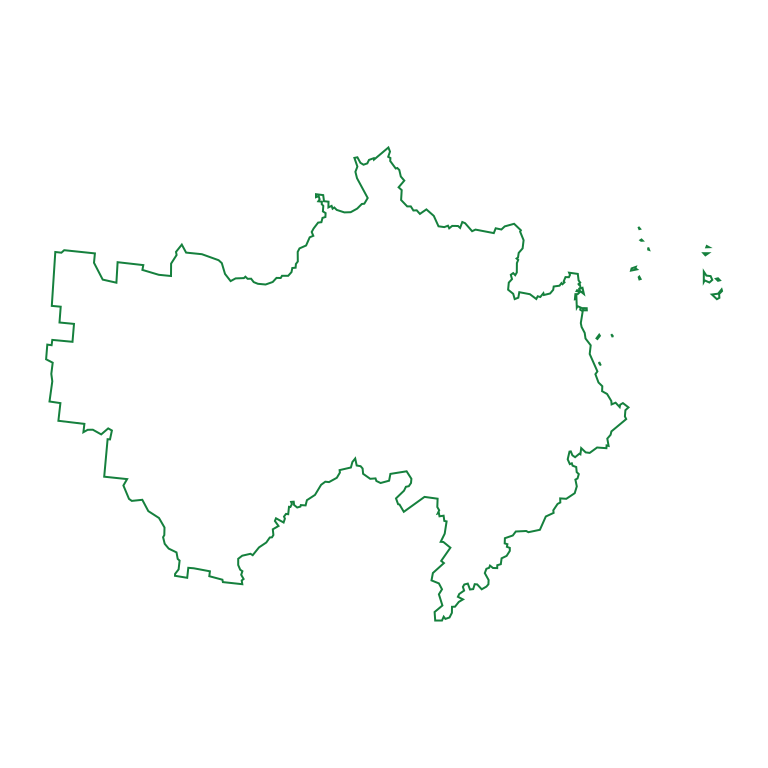 outline of Isaac, Queensland, Australia
{"feature_id": "25037944B43894874276355", "entity_name": "Isaac", "entity_type": "district", "adm_level": 2, "iso_a3": "AUS", "parent_name": "Australia", "parent_adm1": "Queensland", "projection": "robinson", "projection_center": [148.499, -22.243], "detail": "fine", "context": "isolated", "style": "outline", "palette": "green", "viewbox_px": 768, "rotation_deg": 0, "n_neighbors": 0, "source": "geoboundaries", "source_scale": "gbopen_adm2", "svg_char_len": 6117}
<svg xmlns="http://www.w3.org/2000/svg" viewBox="0 0 768 768"><path d="M242.3,584.2L241.7,580.5L243.6,579.0L241.2,574.8L242.4,571.2L240.2,569.7L238.2,565.0L238.2,558.8L242.2,555.7L250.5,553.8L252.7,555.2L259.0,547.4L266.3,542.5L269.8,537.5L272.0,537.3L273.4,535.0L272.8,529.3L278.5,526.0L274.9,521.0L276.0,518.3L283.6,522.5L284.9,518.6L284.0,516.6L286.0,513.9L288.2,514.2L289.0,506.8L290.4,507.0L291.9,504.1L291.1,501.9L293.7,501.7L294.1,505.0L297.2,507.5L300.4,506.6L300.8,505.1L305.6,505.4L306.9,500.2L315.0,494.9L321.1,484.8L325.3,481.7L329.0,482.1L336.8,477.8L339.9,472.6L339.6,470.1L350.9,467.5L352.4,462.0L355.2,458.5L356.7,465.5L360.6,466.2L362.6,468.5L363.1,473.8L370.2,478.8L375.5,478.4L376.4,481.0L380.6,483.0L389.1,480.7L390.4,473.9L406.6,471.3L411.4,478.8L411.0,483.0L408.8,486.2L405.9,486.8L404.0,490.7L396.0,498.4L398.1,504.2L399.5,504.5L403.8,511.8L424.5,496.9L437.6,498.7L437.3,507.0L439.2,510.3L437.7,513.5L438.9,513.1L439.5,516.3L443.6,515.7L444.3,520.9L446.6,521.4L444.7,533.7L440.7,541.8L443.4,542.0L450.4,547.7L441.2,560.9L443.9,563.1L432.9,573.0L431.5,580.4L438.9,583.4L442.0,589.3L438.9,594.3L442.4,605.5L434.6,612.0L435.2,620.5L442.0,620.5L443.7,616.7L445.4,618.9L449.5,617.5L451.9,612.8L452.0,606.8L455.0,606.7L458.8,601.9L463.0,599.4L457.9,596.8L459.3,593.9L464.1,590.6L462.9,586.9L464.3,584.5L467.8,583.6L470.0,589.5L473.2,589.1L474.7,584.2L477.2,584.4L481.7,589.3L486.4,586.6L488.4,584.3L488.6,580.0L484.8,573.1L486.4,568.8L489.1,567.8L490.0,565.6L493.0,568.0L497.2,568.1L497.3,565.2L500.8,564.2L501.6,558.3L506.6,555.9L509.8,550.9L509.8,547.9L506.9,546.8L507.4,544.2L504.7,543.4L504.9,538.2L512.8,535.5L515.8,531.5L526.2,531.0L528.4,532.2L539.9,529.8L545.8,516.5L553.6,512.9L553.3,510.3L557.6,503.9L560.3,502.5L560.2,498.4L566.3,498.8L574.7,493.2L576.8,486.4L575.4,479.6L577.5,478.5L578.8,474.1L576.7,472.1L576.2,467.0L572.6,465.7L571.8,463.3L569.8,464.1L567.7,459.3L569.5,451.6L570.8,451.4L572.4,455.3L575.1,457.2L579.4,453.7L580.4,454.3L581.2,448.1L585.7,452.4L589.7,452.9L597.1,447.5L606.4,448.2L606.6,445.4L608.6,445.9L607.3,438.6L610.6,434.8L611.4,431.4L626.2,419.1L624.9,416.4L625.4,410.2L628.5,407.4L622.9,403.1L620.2,404.7L619.7,407.1L615.6,402.7L611.6,404.4L611.3,401.0L607.1,394.0L602.1,391.2L602.3,386.2L598.5,382.5L595.4,374.2L597.4,371.4L589.7,354.0L590.7,345.3L585.5,338.5L584.7,332.9L581.6,327.0L580.8,323.1L582.7,311.3L580.2,309.7L580.6,307.5L577.6,306.2L576.8,307.6L576.3,294.5L576.0,297.8L575.7,299.1L574.9,299.3L575.4,294.1L577.7,294.1L580.3,291.7L576.6,291.1L577.1,290.2L580.2,291.0L583.9,294.0L582.5,287.8L579.3,289.1L579.2,288.6L580.6,287.7L579.7,284.1L578.8,284.6L578.5,284.1L580.2,282.6L578.6,280.4L577.8,273.9L569.1,272.7L570.0,274.9L568.9,277.2L565.5,277.1L563.7,281.4L564.5,282.3L562.5,284.2L561.5,283.1L559.5,285.7L553.7,286.5L553.2,289.8L550.1,293.5L543.9,295.0L543.4,293.2L540.3,297.0L537.7,296.3L536.3,299.0L529.9,294.2L519.3,292.2L518.3,297.7L514.7,299.1L513.2,293.8L508.1,289.7L508.8,282.6L512.0,279.1L510.8,274.8L513.2,273.1L515.2,275.2L516.8,272.5L516.9,263.1L518.2,259.9L516.6,258.5L518.0,257.5L518.7,252.9L522.6,248.4L523.6,240.2L520.1,231.6L520.9,230.3L514.1,223.8L504.7,226.4L501.4,229.5L495.7,228.3L493.8,233.1L475.5,229.6L472.1,231.2L465.1,223.2L462.3,222.0L460.1,227.9L458.0,226.0L452.2,225.9L449.2,228.3L448.0,225.7L444.3,227.1L438.5,226.3L433.8,215.9L426.4,209.4L419.9,213.9L416.7,210.3L413.4,210.5L410.8,206.4L407.2,206.4L401.1,200.0L401.7,190.1L398.6,187.3L404.3,180.6L400.8,176.5L399.3,170.0L397.3,168.0L395.7,168.5L390.2,161.0L390.4,158.0L388.2,156.8L390.0,151.6L388.4,147.5L374.0,159.6L373.8,158.2L369.0,159.9L367.3,163.4L363.5,164.7L360.4,162.8L357.4,157.3L354.4,157.9L357.4,166.6L355.4,171.8L357.0,178.2L367.7,198.0L364.3,203.7L361.8,204.0L357.2,208.6L350.7,212.2L344.4,212.4L336.7,209.9L334.3,207.5L332.6,208.7L331.6,205.9L328.4,207.4L328.5,201.7L324.0,201.2L323.2,195.1L316.0,194.2L316.0,197.2L318.7,196.2L319.6,199.3L318.3,201.3L321.9,201.7L321.7,204.1L323.3,205.9L322.9,211.4L325.6,213.1L325.4,217.0L322.5,217.9L321.4,222.2L318.1,222.6L313.6,228.5L311.7,232.0L313.3,235.8L309.7,237.3L306.1,245.5L299.5,248.4L297.7,251.9L297.8,261.5L295.9,264.0L295.6,267.7L292.3,268.0L291.5,272.1L288.2,275.8L282.0,275.8L280.7,278.0L276.5,277.9L272.7,282.0L265.6,284.5L257.9,283.8L253.7,282.1L251.1,278.7L247.6,278.8L245.4,276.7L243.9,278.1L235.6,278.4L230.6,281.1L225.0,273.9L221.8,263.1L218.6,260.2L201.9,254.2L186.1,252.6L181.8,244.6L176.0,251.9L176.6,255.0L171.1,263.6L171.0,276.0L158.8,274.8L142.4,269.9L143.3,265.1L117.6,262.2L116.4,282.7L102.7,279.6L94.0,262.8L94.9,253.4L64.2,250.2L61.4,252.7L55.3,252.0L51.8,305.9L60.7,306.7L59.5,322.5L74.0,323.9L72.5,341.8L52.3,339.9L51.6,345.2L47.3,344.6L46.1,359.3L52.7,362.7L51.3,373.9L52.3,381.3L49.5,401.5L60.4,403.1L58.4,420.8L84.4,423.9L83.4,432.2L87.7,429.8L92.8,429.7L101.2,434.4L108.2,428.4L111.9,430.5L110.0,439.4L107.6,439.2L104.2,476.7L127.1,479.1L123.4,485.5L129.0,498.9L131.8,500.9L142.3,499.8L148.3,511.1L159.0,518.0L164.5,527.5L164.3,535.1L163.1,537.2L164.7,543.8L168.7,548.6L176.5,552.4L177.7,558.9L179.6,560.6L178.6,569.4L175.1,573.9L175.0,575.8L187.2,577.8L188.3,567.8L193.9,568.3L209.9,571.3L209.3,576.2L222.4,579.7L222.9,582.1L242.3,584.2ZM703.8,282.0L704.7,280.4L709.4,282.5L712.3,279.9L710.6,276.1L706.4,275.6L703.8,271.6L703.8,282.0ZM719.1,294.0L721.8,291.3L721.3,290.8L721.9,290.4L721.6,289.4L718.1,293.7L711.9,294.5L716.9,299.2L719.4,297.8L719.1,294.0ZM635.8,266.9L631.6,268.4L631.0,270.6L636.9,269.4L635.3,268.2L635.8,266.9ZM583.9,310.3L586.8,310.3L586.7,308.2L582.3,308.1L583.9,310.3ZM718.0,280.8L719.9,280.3L718.0,278.3L716.0,278.8L718.0,280.8ZM703.5,253.2L705.4,255.3L708.4,253.2L703.5,253.2ZM596.5,338.3L597.4,339.0L599.9,335.8L599.2,334.7L596.5,338.3ZM706.3,247.3L709.0,247.2L706.8,246.0L706.3,247.3ZM639.4,279.4L640.6,279.0L639.3,276.6L638.7,277.2L639.4,279.4ZM611.3,334.2L612.6,337.1L612.7,335.9L611.3,334.2ZM599.2,362.0L599.2,363.3L600.8,365.5L599.2,362.0ZM638.4,226.9L639.3,229.1L640.1,228.9L638.4,226.9ZM640.4,240.2L641.2,240.8L642.7,240.7L641.5,239.5L640.4,240.2ZM648.2,249.6L649.1,249.9L648.2,247.5L648.2,249.6Z" fill="none" stroke="#15803d" stroke-width="2"/></svg>